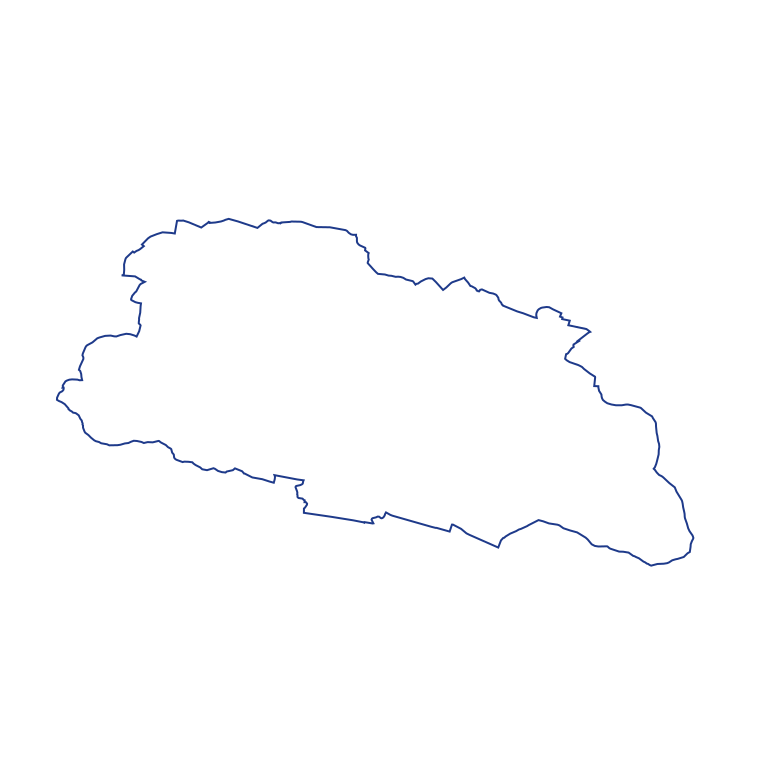 outline of Jucu, Cluj, Romania, rotated 186°
{"feature_id": "2599482B94337896165736", "entity_name": "Jucu", "entity_type": "district", "adm_level": 2, "iso_a3": "ROU", "parent_name": "Romania", "parent_adm1": "Cluj", "projection": "robinson", "projection_center": [23.807, 46.849], "detail": "fine", "context": "isolated", "style": "outline", "palette": "blue", "viewbox_px": 768, "rotation_deg": 186, "n_neighbors": 0, "source": "geoboundaries", "source_scale": "gbopen_adm2", "svg_char_len": 6121}
<svg xmlns="http://www.w3.org/2000/svg" viewBox="0 0 768 768"><g transform="rotate(186 384 384)"><path d="M707.6,334.1L705.5,333.1L702.8,332.3L699.4,330.6L695.2,326.7L695.1,325.9L693.9,325.2L693.7,324.9L691.7,324.1L690.2,323.0L688.2,322.9L687.1,322.6L684.3,320.9L682.4,317.7L680.8,316.1L680.4,314.8L679.6,313.3L679.6,312.1L679.0,311.3L678.8,309.4L678.5,308.6L676.8,305.3L676.0,304.3L672.6,302.3L669.8,300.0L666.3,297.7L664.6,297.0L661.3,296.5L659.1,295.5L653.2,295.1L650.8,294.3L642.7,295.3L639.9,296.0L635.5,297.8L632.0,298.6L629.6,300.1L626.9,301.4L623.7,301.5L619.1,301.0L616.7,300.2L613.0,301.5L607.9,301.8L602.4,303.8L601.8,303.8L599.7,302.5L594.6,300.5L592.2,298.6L589.5,297.5L588.8,297.0L587.5,293.6L585.7,291.9L585.0,288.9L584.4,288.1L583.3,287.3L582.4,286.9L576.1,285.3L574.5,285.9L570.2,286.2L566.4,286.1L565.2,285.0L562.9,283.7L558.0,281.8L555.9,280.2L551.0,279.8L544.8,282.4L543.3,282.0L540.0,280.2L536.0,279.4L532.3,279.4L531.3,280.5L525.3,282.5L523.4,284.5L516.0,282.4L513.8,280.3L513.3,280.4L505.2,277.3L495.1,276.6L487.5,275.0L483.3,274.3L482.7,277.9L482.7,280.1L482.9,280.9L483.4,281.9L460.4,280.0L453.9,279.8L454.2,278.8L454.4,276.5L454.7,276.1L455.2,275.6L456.7,274.7L460.6,273.4L461.1,272.8L461.2,272.1L459.2,268.1L458.8,266.8L458.8,265.1L458.4,264.5L458.3,263.1L458.0,262.3L457.0,261.7L453.1,261.5L451.5,260.2L450.7,260.0L450.7,258.2L449.5,258.4L448.0,257.0L448.0,255.9L449.7,252.7L450.6,251.8L450.2,247.5L422.3,246.4L400.3,245.2L390.2,244.3L389.1,244.0L389.0,244.6L380.7,244.1L380.0,244.3L382.2,247.7L381.9,248.8L381.2,249.4L378.1,250.5L376.4,251.5L374.9,251.5L373.3,250.4L372.5,250.2L371.6,250.5L370.6,251.4L369.6,253.3L369.4,254.6L368.6,256.5L364.0,254.5L361.8,253.9L321.8,246.9L317.6,246.3L316.6,246.4L303.3,244.1L301.7,251.3L300.8,251.4L292.2,248.0L286.4,244.1L283.2,242.9L253.3,233.3L251.3,240.7L249.3,243.4L248.3,243.7L247.2,245.0L242.8,248.4L237.2,251.5L234.6,253.4L232.7,254.2L226.7,257.7L225.5,258.7L216.1,264.8L211.4,264.1L205.4,262.6L196.7,262.2L194.7,261.7L190.5,259.3L183.6,257.8L176.4,256.6L167.4,252.3L165.2,250.7L160.7,246.3L157.4,245.0L153.8,244.8L145.2,245.9L144.3,245.5L143.2,244.6L141.8,243.9L132.6,241.9L128.6,242.2L123.1,241.9L118.2,239.1L116.8,238.9L115.4,238.3L112.2,237.3L107.4,234.5L105.6,233.9L103.9,232.9L102.3,232.6L101.0,231.8L99.3,231.3L93.2,233.6L87.1,234.5L83.7,235.4L82.0,236.3L78.9,238.8L75.8,240.1L73.6,240.8L67.8,243.3L64.4,247.4L62.3,248.9L62.1,254.1L62.2,256.7L61.4,259.8L60.3,262.6L60.3,263.5L61.3,265.6L64.7,269.5L66.4,272.3L68.2,276.9L70.6,281.9L71.0,283.2L71.5,286.3L72.1,288.3L73.6,292.7L74.5,296.3L75.3,298.7L76.0,299.9L81.9,307.6L84.0,311.6L89.9,315.3L96.6,320.4L98.3,321.4L100.9,322.3L103.5,324.5L105.6,326.9L106.9,327.9L105.9,329.5L104.9,333.0L104.4,336.2L103.5,342.7L103.8,347.0L103.6,350.2L104.2,353.2L105.4,355.9L106.7,361.0L107.7,363.8L109.0,370.1L109.4,373.0L109.9,374.4L113.0,378.2L114.0,379.8L120.5,382.9L126.0,387.0L126.9,387.3L136.2,388.8L139.3,389.1L141.4,388.8L145.3,387.7L147.0,387.5L151.2,387.1L155.7,387.4L159.9,388.2L162.4,389.5L164.6,391.0L165.6,392.5L166.2,394.0L166.7,396.3L169.4,399.7L170.4,402.8L170.6,404.2L174.7,403.9L174.7,412.7L174.9,413.3L180.4,416.0L186.7,419.9L188.8,421.6L190.2,422.2L192.6,423.1L201.7,425.2L204.8,426.7L206.5,428.0L206.0,432.7L204.9,433.2L204.1,434.0L201.3,438.9L199.2,440.7L199.7,442.2L199.6,443.1L194.8,446.9L195.8,447.1L187.0,455.5L185.4,456.9L184.4,457.4L185.1,457.9L188.4,459.8L206.8,461.7L205.9,466.4L213.6,467.2L213.4,468.8L216.0,469.4L215.0,472.9L223.7,475.9L227.7,477.6L230.3,477.6L234.7,476.5L235.9,476.0L237.9,474.5L238.9,473.2L239.8,470.4L239.8,468.4L239.0,465.7L242.0,466.0L253.0,468.9L259.1,470.1L273.9,474.4L274.2,474.9L275.0,475.3L276.0,477.1L278.2,479.0L278.8,479.9L279.4,481.8L281.4,484.1L282.2,484.6L284.9,485.4L288.7,485.7L296.5,488.3L298.2,487.7L299.0,486.1L300.1,486.1L300.8,486.6L301.5,486.6L302.4,488.0L303.3,488.8L307.1,490.4L308.3,490.5L311.0,493.7L314.4,496.8L315.3,498.2L318.2,496.4L326.8,492.3L328.2,491.1L332.2,486.4L335.1,483.7L343.0,490.8L346.9,493.9L350.9,493.8L353.6,492.7L358.1,489.8L360.7,487.4L362.2,487.0L363.1,486.1L365.6,488.9L366.2,489.3L373.0,490.2L375.9,491.6L378.7,492.2L381.2,492.2L383.6,491.8L388.0,492.4L390.8,492.3L394.5,493.0L401.5,492.9L403.5,494.3L406.8,497.1L412.8,502.5L412.9,503.2L412.2,506.2L412.7,507.4L413.1,509.7L413.2,511.5L412.9,512.6L416.8,514.9L416.7,517.1L417.0,517.5L422.4,519.3L423.8,520.1L425.1,521.4L425.6,522.2L425.9,523.4L426.2,526.5L427.3,528.1L427.4,529.5L430.4,529.1L432.5,529.4L434.9,530.7L436.8,532.4L438.3,533.0L454.2,534.2L467.6,533.0L481.9,536.5L483.6,536.7L493.1,535.9L494.3,535.4L503.0,533.9L503.5,533.6L503.3,533.4L503.7,533.2L503.9,532.9L504.7,533.1L506.1,532.8L508.6,533.4L511.0,533.1L511.9,533.4L513.9,534.6L515.7,534.7L516.5,534.3L518.6,532.2L520.7,531.0L521.5,530.7L526.2,526.0L546.2,530.4L555.7,532.0L558.9,530.7L560.4,529.8L563.1,528.6L568.6,527.0L574.0,526.0L574.0,526.5L575.3,526.9L575.9,526.0L582.1,520.5L595.0,524.4L600.9,525.6L601.9,525.3L605.8,525.0L606.9,524.6L607.8,511.8L611.3,512.0L620.1,511.7L625.6,509.3L631.6,506.2L633.9,504.2L639.3,497.4L637.3,496.0L637.7,495.6L640.5,492.8L642.1,491.5L644.0,490.5L646.2,488.6L647.7,489.5L653.2,483.1L653.8,482.3L654.2,481.1L655.0,475.8L654.3,470.3L654.2,466.0L655.3,464.8L656.3,464.6L642.8,465.0L637.9,462.7L636.5,462.3L636.2,461.7L635.7,461.5L632.6,460.6L636.5,458.0L637.4,456.8L640.1,450.1L641.5,448.7L641.6,448.4L643.6,445.4L644.4,442.0L644.3,441.4L643.9,441.0L639.8,439.4L637.3,439.0L634.1,438.8L634.2,436.1L633.9,429.4L634.5,423.9L634.3,422.6L634.3,419.6L634.2,418.6L632.6,417.4L632.2,416.8L633.0,410.9L635.0,405.3L637.1,406.1L641.6,407.0L645.6,407.0L651.3,405.1L655.2,403.3L657.3,403.2L660.9,403.6L666.4,402.7L671.9,400.5L673.9,399.5L678.3,394.9L683.3,391.5L684.3,390.3L684.8,389.1L686.7,382.8L686.9,381.0L685.8,379.1L685.6,377.5L688.2,369.8L688.9,366.2L687.5,365.2L686.2,362.3L685.6,359.2L684.6,356.3L687.1,355.9L689.4,356.3L694.6,356.0L697.4,355.4L699.7,354.3L701.1,353.3L703.3,349.0L703.1,347.6L703.3,346.8L702.3,347.0L702.1,346.5L702.2,344.7L703.2,343.2L705.7,341.5L706.5,339.9L707.7,336.2L707.6,334.1Z" fill="none" stroke="#1e3a8a" stroke-width="2"/></g></svg>